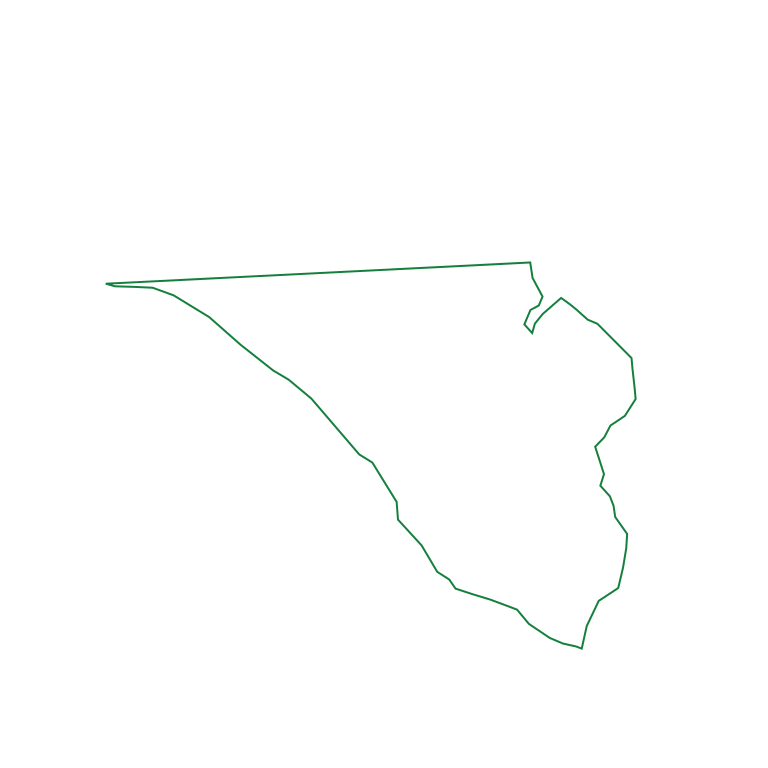 the district of Sapphire, Soufrière, Saint Lucia, rotated 203°
{"feature_id": "8701671B57170093007223", "entity_name": "Sapphire", "entity_type": "district", "adm_level": 2, "iso_a3": "LCA", "parent_name": "Saint Lucia", "parent_adm1": "Soufrière", "projection": "albers", "projection_center": [-61.049, 13.85], "detail": "fine", "context": "isolated", "style": "outline", "palette": "green", "viewbox_px": 768, "rotation_deg": 203, "n_neighbors": 0, "source": "geoboundaries", "source_scale": "gbopen_adm2", "svg_char_len": 1012}
<svg xmlns="http://www.w3.org/2000/svg" viewBox="0 0 768 768"><g transform="rotate(203 384 384)"><path d="M238.2,223.6L225.1,224.7L219.5,225.2L201.6,227.1L173.4,228.3L156.9,219.8L132.2,215.0L118.1,215.0L110.8,216.3L105.1,217.4L103.1,217.5L98.6,217.7L102.8,240.4L101.6,268.3L92.9,281.3L88.7,287.7L89.4,292.0L92.2,308.3L96.9,327.7L101.6,341.0L105.5,343.4L119.2,351.9L125.1,361.6L132.2,368.9L145.1,374.9L146.3,387.0L165.1,408.8L160.4,421.0L159.8,428.5L159.3,434.3L149.8,448.8L146.5,468.5L152.2,479.1L159.2,491.5L160.4,493.7L160.9,494.5L166.3,504.6L211.0,522.8L221.6,522.8L235.7,527.6L244.0,530.0L253.5,532.2L254.6,532.4L265.2,510.6L268.7,498.5L267.5,488.8L278.1,493.7L278.1,509.4L272.2,516.7L272.2,526.4L288.7,539.7L296.9,553.0L679.3,367.6L673.4,368.4L669.9,368.8L651.1,376.1L634.6,382.2L612.3,383.4L571.1,377.3L531.1,364.0L491.1,353.1L473.4,350.7L445.2,342.2L379.3,309.5L364.0,307.1L326.3,280.4L318.1,264.6L286.3,250.1L261.6,231.9L247.5,229.5L238.2,223.6Z" fill="none" stroke="#15803d" stroke-width="2"/></g></svg>